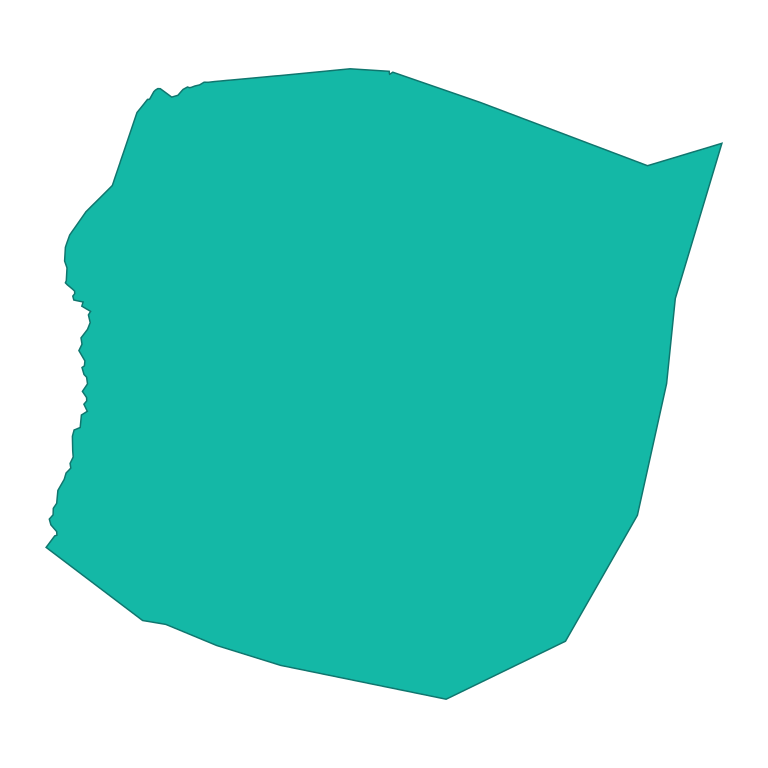 San Mateo Tlapiltepec, Oaxaca, Mexico
{"feature_id": "50627088B46903658008737", "entity_name": "San Mateo Tlapiltepec", "entity_type": "district", "adm_level": 2, "iso_a3": "MEX", "parent_name": "Mexico", "parent_adm1": "Oaxaca", "projection": "albers", "projection_center": [-97.446, 17.804], "detail": "fine", "context": "isolated", "style": "filled", "palette": "teal", "viewbox_px": 768, "rotation_deg": 0, "n_neighbors": 0, "source": "geoboundaries", "source_scale": "gbopen_adm2", "svg_char_len": 1533}
<svg xmlns="http://www.w3.org/2000/svg" viewBox="0 0 768 768"><path d="M446.1,699.2L565.5,641.2L637.4,515.3L666.6,383.6L675.3,298.5L721.9,143.3L647.5,165.7L479.9,102.3L392.8,72.2L390.6,73.7L390.3,73.9L390.0,74.0L389.6,74.2L389.3,72.8L389.2,71.3L350.1,68.8L284.1,75.2L279.9,75.6L274.6,76.0L266.4,76.8L250.2,78.3L230.5,80.1L226.7,80.4L220.7,81.0L214.9,81.5L208.3,82.3L204.1,82.2L199.6,84.9L194.9,86.0L191.2,87.4L189.5,87.7L187.5,87.0L183.1,89.4L181.8,90.8L177.9,95.3L171.7,97.1L165.9,92.8L160.3,88.7L157.8,88.6L155.4,90.1L153.8,91.7L149.9,98.7L149.7,99.0L149.4,99.3L147.5,99.4L142.6,105.6L137.0,112.5L135.1,118.1L123.7,151.9L120.7,160.6L119.7,163.8L119.0,165.7L118.9,166.1L117.3,170.8L114.6,178.7L113.4,182.4L112.3,185.5L108.6,189.2L99.0,198.8L92.1,205.6L85.8,211.9L85.3,212.7L75.8,226.3L71.9,231.8L69.7,235.0L66.9,242.8L65.4,247.3L65.3,248.9L64.6,261.0L67.0,267.9L66.3,280.7L65.4,282.8L67.3,284.8L72.6,289.2L74.6,291.1L74.7,293.7L72.8,296.1L73.8,300.0L76.5,300.6L83.1,302.0L81.8,306.2L90.6,311.4L88.4,314.9L90.2,322.6L87.5,329.4L81.0,337.9L82.0,344.2L78.9,350.6L84.9,360.9L84.4,365.9L82.0,367.5L84.0,374.5L86.6,377.2L87.5,383.9L82.4,391.4L86.6,397.6L86.7,400.9L83.9,404.2L87.3,411.3L81.4,415.0L80.2,427.5L74.1,430.0L72.4,436.3L72.7,450.7L73.2,457.0L70.1,463.4L70.8,468.1L66.1,473.0L64.2,479.4L57.9,490.4L57.1,498.7L56.7,503.3L53.3,508.3L53.1,514.8L49.3,519.1L50.9,524.9L56.7,531.6L56.9,535.2L54.7,535.9L46.1,547.4L142.6,620.5L165.8,624.4L216.7,645.5L280.7,665.4L446.1,699.2Z" fill="#14b8a6" stroke="#0f766e" stroke-width="1.5"/></svg>